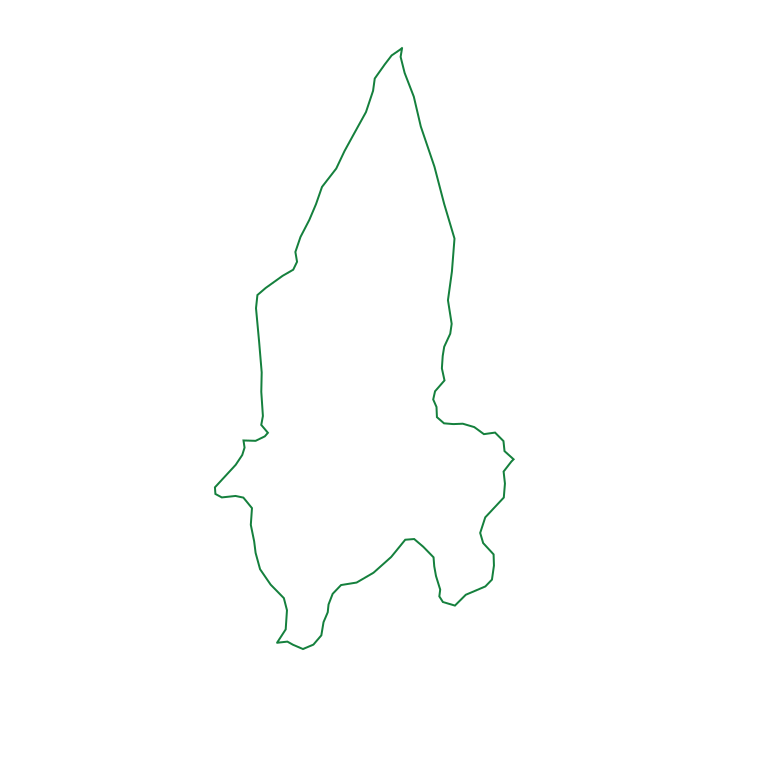 outline of Hudiksvall, Gävleborg, Sweden, rotated 41°
{"feature_id": "70781695B16992576360669", "entity_name": "Hudiksvall", "entity_type": "district", "adm_level": 2, "iso_a3": "SWE", "parent_name": "Sweden", "parent_adm1": "Gävleborg", "projection": "albers", "projection_center": [16.842, 61.831], "detail": "fine", "context": "isolated", "style": "outline", "palette": "green", "viewbox_px": 768, "rotation_deg": 41, "n_neighbors": 0, "source": "geoboundaries", "source_scale": "gbopen_adm2", "svg_char_len": 1557}
<svg xmlns="http://www.w3.org/2000/svg" viewBox="0 0 768 768"><g transform="rotate(41 384 384)"><path d="M177.2,118.7L176.7,121.4L174.2,131.0L174.9,142.3L176.6,159.5L183.4,169.9L192.0,190.6L197.7,217.2L201.4,234.2L206.6,252.7L207.9,275.9L214.7,292.9L220.0,309.2L224.5,327.8L230.5,342.5L238.2,348.8L240.5,357.3L236.5,368.9L231.7,389.1L230.1,399.9L237.7,410.8L262.4,434.4L284.1,455.5L296.5,470.4L313.6,487.6L316.2,492.0L318.2,495.4L328.4,497.0L328.4,501.7L324.4,511.1L315.0,518.8L320.5,523.5L323.6,530.6L325.1,542.3L324.2,572.9L328.9,577.6L336.0,576.0L345.4,565.9L349.7,563.5L352.4,562.0L365.8,564.3L375.9,577.7L389.2,587.9L397.9,595.7L412.0,605.1L430.1,609.8L448.9,611.3L459.2,618.4L470.8,633.7L473.0,649.2L473.2,649.3L480.1,641.8L486.4,640.5L496.7,637.2L501.7,627.0L501.6,614.8L494.6,603.4L491.3,593.2L486.8,586.8L482.9,576.0L483.5,563.9L493.6,551.8L499.9,533.3L502.9,509.8L502.2,487.6L508.5,481.2L520.5,481.1L535.1,482.3L541.5,488.6L549.2,494.8L561.3,502.3L565.1,508.0L571.5,509.9L582.9,504.7L584.0,489.4L593.3,470.3L593.8,460.8L586.1,448.9L578.5,440.7L563.2,439.0L554.3,433.3L547.9,418.2L548.9,391.1L540.6,379.8L531.7,371.6L531.0,359.0L531.2,355.8L519.0,355.6L511.6,348.7L499.7,347.8L492.3,356.3L480.4,357.3L469.5,362.3L462.6,368.8L455.1,374.3L445.7,374.3L438.7,366.9L431.3,363.4L427.3,356.0L427.3,341.6L417.4,334.2L409.9,324.3L405.0,316.4L401.0,302.6L395.6,294.2L377.3,278.8L361.5,254.6L341.8,228.0L311.4,208.7L279.5,186.9L242.8,165.5L218.0,147.6L195.5,135.7L181.9,126.2L177.3,118.7L177.2,118.7Z" fill="none" stroke="#15803d" stroke-width="2"/></g></svg>